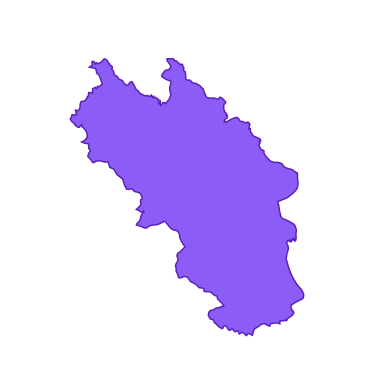 the district of Doan Hung, Phú Thọ, Vietnam, rotated 18°
{"feature_id": "81297802B97239523369157", "entity_name": "Doan Hung", "entity_type": "district", "adm_level": 2, "iso_a3": "VNM", "parent_name": "Vietnam", "parent_adm1": "Phú Thọ", "projection": "mercator", "projection_center": [105.154, 21.615], "detail": "fine", "context": "isolated", "style": "filled", "palette": "violet", "viewbox_px": 384, "rotation_deg": 18, "n_neighbors": 0, "source": "geoboundaries", "source_scale": "gbopen_adm2", "svg_char_len": 5998}
<svg xmlns="http://www.w3.org/2000/svg" viewBox="0 0 384 384"><g transform="rotate(18 192 192)"><path d="M286.3,141.3L285.3,141.4L280.4,139.8L274.6,140.0L271.1,139.6L271.1,139.0L270.7,138.5L268.5,137.3L265.9,137.1L263.5,137.5L261.3,138.4L257.5,138.5L254.0,136.9L250.5,134.8L248.8,133.2L248.2,132.3L247.7,130.6L244.3,130.0L242.8,128.8L241.1,126.3L241.6,124.5L240.4,123.7L240.3,123.3L241.6,122.3L241.3,121.5L240.2,120.5L232.9,119.7L230.8,117.8L228.7,116.3L227.9,113.6L226.4,114.3L226.1,109.7L224.7,108.5L223.4,108.4L221.6,109.5L220.9,109.6L218.5,109.4L215.9,109.8L213.1,107.5L211.6,107.2L208.8,108.9L207.0,110.5L203.6,114.3L202.4,115.1L201.9,114.7L201.0,115.3L200.8,114.4L201.2,112.4L201.5,111.9L202.4,111.3L202.4,109.7L201.7,109.1L202.1,108.3L201.8,108.0L201.1,108.1L200.6,107.7L200.4,106.6L198.7,106.1L197.8,104.5L197.1,104.2L196.5,103.3L196.3,102.1L195.5,101.4L195.7,100.7L195.3,99.4L196.4,96.4L195.4,95.5L191.8,93.5L189.9,93.1L189.1,93.4L188.2,95.9L186.2,95.7L183.7,95.9L179.2,97.4L177.0,97.5L175.9,96.9L174.4,95.0L172.5,93.0L170.7,90.4L169.4,90.0L167.0,88.6L162.5,87.5L158.7,88.0L155.6,86.2L152.8,87.0L151.5,86.9L150.8,85.7L150.3,83.9L148.5,79.9L148.0,79.6L147.0,79.5L146.4,78.9L145.9,76.6L145.5,76.0L144.3,75.2L143.6,73.6L142.5,73.7L141.3,74.6L140.2,73.7L138.2,73.1L136.7,72.2L134.9,72.5L133.9,71.4L132.4,71.3L127.1,72.9L127.6,74.6L128.3,75.3L132.6,78.2L133.1,79.7L132.5,82.2L131.8,83.0L129.3,84.4L128.7,85.1L127.4,88.8L127.3,90.9L127.8,91.6L132.3,92.9L137.3,93.1L137.9,93.6L138.2,94.3L138.5,99.7L139.3,101.9L141.7,105.8L141.8,106.5L141.9,108.1L141.5,111.0L139.9,115.1L139.4,116.2L138.1,115.5L136.9,115.8L136.5,116.3L136.0,119.0L135.6,119.1L134.7,118.2L133.4,118.4L132.9,118.2L132.9,117.4L134.3,117.0L134.1,116.0L133.4,114.9L132.7,114.8L131.6,115.7L130.9,113.9L130.4,113.7L129.6,114.1L128.3,113.3L126.6,114.1L125.4,114.1L125.2,113.7L126.2,113.2L126.2,112.9L124.4,113.3L123.3,112.4L122.9,112.8L123.3,113.4L123.2,113.9L121.9,114.3L121.0,114.3L120.3,113.8L117.8,115.0L112.4,114.4L109.5,112.5L107.3,111.8L101.6,106.2L100.6,105.7L99.9,106.0L98.9,107.7L98.1,109.9L97.0,110.5L94.2,109.9L92.0,108.0L90.7,107.3L88.0,107.5L85.1,105.2L81.7,104.6L81.1,102.9L80.0,101.4L77.5,99.7L78.1,98.5L76.9,97.1L75.0,96.6L71.3,93.7L69.2,92.4L67.7,92.4L66.9,93.1L65.8,96.1L64.5,97.6L62.4,99.2L61.5,98.6L60.5,100.2L59.8,99.8L59.4,98.6L57.1,98.3L56.8,99.7L58.0,102.2L55.8,105.0L62.3,104.3L64.6,108.3L65.0,108.7L66.9,109.2L68.1,110.3L73.2,116.8L71.5,120.2L70.5,120.8L69.4,120.7L69.4,123.0L69.0,123.2L67.7,122.4L65.5,124.5L66.9,128.9L64.5,128.9L63.0,129.3L63.8,132.9L63.0,133.5L62.9,135.7L62.5,137.4L61.5,138.8L59.7,139.5L58.5,140.5L58.5,142.9L59.3,145.7L59.3,148.2L59.1,148.9L57.5,150.2L55.9,150.2L57.0,152.2L58.6,154.2L58.1,154.5L54.4,155.4L53.9,155.9L54.2,158.5L53.6,159.9L53.9,160.5L55.0,161.2L55.6,161.9L60.2,163.8L60.2,164.7L63.6,165.6L64.9,165.2L66.1,161.9L66.4,161.9L67.6,164.1L69.7,164.9L71.7,166.2L73.3,167.9L74.8,170.2L75.3,172.1L74.5,175.2L73.3,176.8L71.6,178.5L74.4,178.8L78.8,178.2L80.5,182.8L82.0,183.2L82.6,183.9L81.8,187.1L81.9,190.3L85.1,192.0L88.3,194.5L89.4,194.5L91.3,192.4L92.8,191.4L95.2,190.7L99.7,190.5L102.5,189.4L103.5,190.2L106.2,194.0L110.4,194.4L115.7,198.9L121.8,200.9L122.7,201.7L123.7,203.6L126.2,206.8L128.9,209.5L130.4,209.2L134.0,207.6L134.5,207.6L136.8,209.3L141.1,209.0L142.9,209.2L143.8,209.8L146.1,212.2L146.5,213.1L146.7,214.1L145.7,215.1L145.6,216.0L147.1,219.2L147.1,220.3L146.8,221.6L144.4,225.8L147.0,226.0L149.9,226.8L150.5,226.6L151.8,225.3L152.2,225.1L152.7,225.5L151.6,227.0L151.2,228.6L150.9,230.8L151.3,234.6L151.0,235.9L149.3,239.3L149.3,240.5L154.8,240.5L156.4,240.8L159.5,240.6L160.3,239.7L161.1,238.4L163.3,236.4L169.7,233.4L174.8,228.4L175.6,228.3L180.8,231.8L183.3,233.2L185.7,233.8L189.7,233.5L191.2,234.3L193.1,236.0L194.3,238.8L196.3,241.3L199.7,244.4L202.3,246.2L199.6,251.9L197.4,254.8L197.3,257.2L199.7,260.7L199.6,262.8L199.0,265.7L199.3,267.5L199.7,268.5L200.8,269.7L201.1,271.9L203.9,274.7L205.1,277.0L206.4,277.5L207.6,277.3L210.5,274.8L213.4,274.4L214.2,274.5L218.4,277.7L222.7,278.2L223.8,278.7L225.2,279.0L228.3,280.8L231.2,280.2L233.0,280.3L233.5,280.6L234.1,282.6L234.5,282.8L235.7,282.6L238.4,281.6L240.6,281.6L241.6,281.7L244.7,283.1L246.1,283.4L247.7,283.3L248.5,284.1L249.3,285.9L251.2,286.5L252.2,287.3L254.8,288.4L256.0,289.6L257.6,290.6L256.4,291.6L255.0,291.9L254.3,293.1L253.4,293.8L252.1,294.1L250.7,295.0L248.5,297.6L247.6,298.3L246.6,298.6L245.8,299.4L245.2,301.1L245.5,304.0L247.4,306.1L248.8,307.1L251.4,307.0L252.1,307.3L253.3,309.0L254.1,309.5L255.9,310.1L258.7,311.7L262.7,312.7L263.4,312.1L263.6,310.1L263.9,309.5L265.0,308.9L266.1,309.1L268.7,311.4L270.3,312.0L271.0,311.7L271.7,310.4L272.5,309.8L273.3,309.8L274.8,311.2L275.5,311.5L276.4,311.5L278.2,309.9L278.8,309.8L280.7,312.4L282.9,310.2L283.5,310.1L285.0,310.2L287.9,311.8L288.2,311.7L288.7,310.0L289.4,309.2L290.0,309.0L293.7,309.6L293.5,305.1L294.0,302.4L296.0,300.4L298.3,297.0L299.5,295.9L301.4,294.8L302.5,294.8L304.8,295.5L307.2,295.7L307.5,295.2L307.1,293.4L307.6,292.9L310.5,291.3L313.9,290.2L316.3,290.2L315.3,287.7L315.6,287.2L316.4,287.3L317.1,286.4L317.8,286.6L319.7,285.8L320.2,284.8L321.4,285.4L321.7,285.1L322.0,282.9L325.8,277.7L326.0,274.8L323.3,273.1L322.3,271.8L321.5,270.5L321.3,268.9L324.8,264.6L329.4,260.2L330.4,258.7L330.4,257.0L330.2,255.9L329.5,254.3L326.6,251.2L320.3,247.5L314.7,242.7L310.5,238.1L307.1,233.8L302.3,226.6L301.3,221.3L301.3,216.9L301.1,215.8L299.7,213.2L297.3,211.0L298.3,209.6L298.0,208.8L298.6,208.6L299.5,207.9L300.0,208.5L300.6,208.1L301.1,208.9L301.8,208.4L301.9,208.1L301.1,207.2L302.7,206.5L302.0,206.0L302.1,205.5L303.1,205.8L302.8,205.2L303.7,204.6L304.6,205.2L304.3,205.8L304.5,206.3L304.9,206.0L305.2,206.6L305.6,205.8L305.3,203.7L303.5,198.9L303.1,195.9L300.2,192.0L298.7,191.1L291.5,189.6L286.6,189.3L285.1,188.7L283.8,187.4L280.8,182.4L278.8,178.2L276.4,174.7L284.3,168.1L288.5,161.8L290.5,157.7L290.8,155.2L290.6,152.9L289.9,150.2L288.4,147.2L286.3,141.3Z" fill="#8b5cf6" stroke="#5b21b6" stroke-width="1.5"/></g></svg>